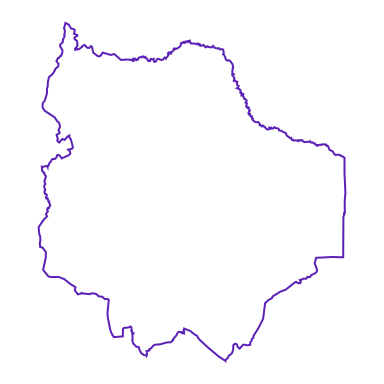 Mlele, Katavi, United Republic of Tanzania (Mercator projection)
{"feature_id": "72390352B12905062635487", "entity_name": "Mlele", "entity_type": "district", "adm_level": 2, "iso_a3": "TZA", "parent_name": "United Republic of Tanzania", "parent_adm1": "Katavi", "projection": "mercator", "projection_center": [31.658, -6.61], "detail": "fine", "context": "isolated", "style": "outline", "palette": "violet", "viewbox_px": 384, "rotation_deg": 0, "n_neighbors": 0, "source": "geoboundaries", "source_scale": "gbopen_adm2", "svg_char_len": 5777}
<svg xmlns="http://www.w3.org/2000/svg" viewBox="0 0 384 384"><path d="M201.1,45.9L199.5,45.3L200.0,44.5L199.1,43.8L197.3,43.6L197.0,44.3L194.8,43.6L190.9,43.5L190.1,41.7L188.7,42.0L189.3,40.8L184.7,41.8L185.5,42.4L185.1,42.8L183.8,42.9L183.2,42.4L183.4,41.8L182.1,43.1L181.0,43.1L180.8,45.2L179.4,47.2L175.9,49.0L175.1,49.1L174.6,48.3L173.7,48.7L173.7,50.4L171.4,52.0L171.2,53.5L170.5,53.6L170.6,52.7L169.6,52.7L169.7,52.3L168.9,52.4L167.8,53.5L168.5,54.8L167.3,56.8L166.1,57.6L165.8,58.7L164.5,57.6L163.1,59.4L161.6,60.1L158.7,59.0L157.3,59.0L155.5,61.8L154.2,61.7L153.3,59.8L153.7,59.0L151.7,59.4L150.9,58.8L149.9,60.1L150.1,60.9L148.7,61.2L147.8,60.6L147.1,58.6L146.0,58.2L145.4,56.9L144.3,57.5L143.4,56.4L142.0,56.7L141.7,57.4L140.2,57.1L138.6,57.8L137.9,59.6L136.7,59.4L136.6,60.2L136.0,60.2L134.9,58.6L133.5,58.5L132.4,59.9L133.6,60.7L133.2,61.1L131.1,59.6L130.1,60.0L128.6,59.5L120.9,59.9L114.6,54.3L113.4,54.1L111.1,55.0L102.7,52.6L100.6,55.8L98.2,56.4L93.3,52.8L91.9,46.8L91.0,46.1L89.3,47.9L87.0,47.7L84.9,45.1L84.2,45.1L82.4,46.0L82.2,46.7L79.2,49.1L77.7,49.4L77.4,49.0L75.3,49.9L75.1,48.7L77.4,45.9L77.3,42.9L76.8,40.7L74.7,39.3L74.4,38.5L74.8,37.3L77.3,35.8L77.2,35.0L74.0,33.7L74.8,30.3L74.2,29.4L71.1,28.5L68.7,24.6L65.4,23.0L64.0,28.6L64.8,29.8L64.7,33.7L64.2,34.6L64.7,36.0L62.7,40.1L62.9,42.0L60.5,44.3L60.1,45.2L60.1,46.3L62.4,50.1L62.3,52.8L60.9,56.1L60.2,56.1L58.8,58.0L58.1,58.0L56.4,61.0L58.5,63.9L58.2,66.5L55.4,68.8L54.4,71.3L52.2,74.4L48.9,77.2L47.8,82.9L47.7,86.5L47.0,88.5L46.9,93.7L44.8,100.5L42.8,103.1L42.5,106.4L42.9,108.0L44.5,110.6L54.7,117.4L57.2,121.2L58.9,122.7L60.1,126.3L58.6,130.2L59.7,132.9L56.6,134.9L57.9,139.1L57.2,140.4L58.1,141.7L59.2,142.5L62.4,138.9L64.5,139.9L67.6,136.5L69.3,135.5L69.4,137.4L71.0,139.7L72.9,147.4L72.1,148.7L68.2,149.6L70.0,151.5L70.3,153.5L68.7,155.2L61.8,158.4L59.6,155.5L58.1,154.9L57.1,155.2L56.6,157.1L54.7,159.1L52.4,159.0L51.4,160.1L51.1,161.3L49.2,163.3L48.7,165.5L47.7,165.9L47.6,167.1L47.0,165.9L43.1,166.8L41.8,166.6L42.3,171.2L43.2,171.7L43.6,172.9L44.4,173.1L44.8,174.9L46.0,176.4L44.4,181.4L45.3,184.1L44.3,185.4L44.2,187.4L45.3,190.1L44.3,192.0L45.3,194.1L46.3,194.2L46.9,195.3L45.9,197.1L46.1,198.2L47.3,198.1L47.3,199.0L48.1,199.5L48.3,201.4L49.3,201.6L49.1,202.7L50.3,205.2L48.8,208.2L48.0,207.8L47.5,208.3L47.1,210.4L47.9,211.2L45.9,214.2L47.1,216.3L43.6,219.8L38.6,227.2L39.3,234.5L40.1,236.0L40.4,240.2L39.8,243.2L40.2,247.1L42.4,247.5L45.8,251.8L45.8,257.6L43.1,269.9L48.5,276.5L51.5,277.1L58.5,276.9L64.2,279.1L70.8,284.3L75.5,287.1L74.8,290.4L77.9,294.4L80.9,293.6L81.5,292.9L82.2,293.4L89.7,294.2L91.6,293.3L94.4,293.5L96.6,294.3L98.5,296.2L102.3,296.8L105.0,299.2L107.3,298.8L108.8,299.9L107.5,312.6L107.7,316.8L110.2,329.6L111.5,333.3L113.8,337.1L122.8,336.4L123.0,328.8L124.1,327.9L127.9,327.6L130.6,326.5L131.5,327.8L131.4,330.5L131.9,330.7L131.5,331.5L132.4,332.6L132.3,333.3L133.5,333.3L132.4,335.3L132.6,339.0L132.2,339.9L133.2,343.5L136.5,346.8L138.7,347.0L139.4,349.6L141.3,353.3L144.1,355.1L146.0,355.3L146.5,356.0L147.1,353.7L146.5,351.1L149.3,350.5L149.2,349.3L151.0,348.4L153.4,345.5L155.0,344.7L160.2,344.3L166.9,342.4L170.6,342.3L173.0,340.3L173.0,339.2L176.5,335.3L177.7,332.6L179.0,331.8L180.6,332.0L181.9,332.4L181.8,333.1L183.8,333.4L183.4,332.6L183.9,332.6L183.8,331.6L184.9,331.9L183.6,331.0L183.5,330.0L184.2,329.4L184.2,328.6L190.2,330.9L195.0,334.8L197.1,335.8L198.0,337.7L199.9,340.0L207.8,347.3L218.5,356.3L225.5,361.0L225.5,359.9L227.8,358.0L228.5,356.0L231.6,353.6L232.2,352.6L233.2,349.7L233.3,345.2L234.8,343.8L236.0,343.8L236.9,344.6L238.0,347.2L239.6,348.6L243.2,344.6L247.7,345.3L250.2,344.8L250.3,342.3L251.6,340.9L251.9,339.0L253.4,337.8L253.6,335.7L258.3,328.3L263.1,318.9L265.1,303.2L268.5,300.0L271.8,298.3L272.7,296.4L280.3,291.7L285.7,289.7L294.5,282.7L296.0,281.8L298.2,283.2L300.3,283.1L300.7,282.6L299.9,279.9L301.3,280.0L301.9,279.3L303.5,278.7L306.3,278.7L307.4,276.9L309.8,277.2L311.4,275.0L315.7,272.9L316.8,271.5L317.1,269.9L314.7,263.2L316.1,257.8L332.1,257.0L343.2,257.3L343.4,216.9L344.1,214.9L344.0,213.3L344.8,213.3L344.7,200.9L345.4,192.9L344.5,173.3L344.5,157.7L341.2,155.7L340.4,155.7L339.5,154.8L336.5,154.7L335.8,155.1L334.2,154.1L332.7,151.3L329.5,149.9L328.1,146.2L327.0,146.1L326.4,144.7L325.6,145.0L324.8,144.3L321.8,144.3L321.4,144.9L319.4,144.9L317.6,145.7L317.4,145.0L316.6,145.3L315.7,144.9L314.7,143.3L313.5,143.4L312.3,142.3L310.9,142.6L310.0,141.3L309.7,141.7L304.1,142.1L302.0,140.1L301.0,140.7L300.5,140.2L298.5,140.1L298.2,141.2L296.0,140.3L294.1,140.6L293.4,139.9L292.3,140.1L291.2,137.9L290.6,138.4L286.7,135.5L285.9,133.2L280.6,130.6L279.1,130.5L278.8,129.1L278.1,128.5L275.1,127.9L274.4,127.2L273.3,128.3L271.1,128.7L271.2,127.7L269.1,127.7L268.9,129.2L267.2,129.5L265.3,127.8L265.0,127.0L263.7,126.6L263.4,125.7L262.1,125.7L261.6,126.3L260.5,125.0L259.7,125.1L259.6,123.8L258.6,122.3L255.5,122.1L253.4,120.8L252.4,119.4L252.9,118.7L251.7,117.7L252.0,116.4L250.8,116.3L250.2,115.6L250.1,113.8L249.6,113.7L249.0,114.3L248.4,113.4L249.2,110.8L249.8,110.6L248.9,108.9L247.7,108.0L248.4,107.4L246.2,106.6L246.9,103.2L245.6,102.7L246.7,100.4L245.0,98.8L244.3,99.0L243.2,96.0L241.7,95.6L243.3,94.1L242.7,93.6L240.8,93.5L240.3,92.7L240.9,92.2L240.5,90.2L239.6,89.8L239.5,89.1L237.0,88.2L237.9,87.7L238.7,86.0L237.4,85.2L236.8,83.4L237.3,81.7L235.9,81.5L235.1,80.6L233.9,81.1L233.7,80.6L234.4,78.8L234.0,77.1L232.2,75.2L232.2,74.6L233.6,74.2L232.4,73.2L232.3,70.4L232.9,69.1L232.6,68.0L233.2,67.0L232.5,64.2L230.3,61.1L228.9,60.2L227.3,60.7L225.7,59.3L225.3,57.3L223.9,54.7L223.0,54.2L223.8,52.8L223.2,50.0L222.6,49.2L219.7,49.4L218.9,48.2L217.6,48.5L214.7,47.8L213.1,45.9L211.7,47.4L208.9,47.1L207.5,46.2L206.4,47.1L205.8,46.7L205.3,47.2L203.5,44.9L201.1,45.9Z" fill="none" stroke="#5b21b6" stroke-width="2"/></svg>